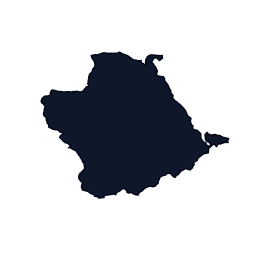 outline of Cosbuc, Bistrita-Nasaud, Romania, rotated 43°
{"feature_id": "2599482B13321846656416", "entity_name": "Cosbuc", "entity_type": "district", "adm_level": 2, "iso_a3": "ROU", "parent_name": "Romania", "parent_adm1": "Bistrita-Nasaud", "projection": "robinson", "projection_center": [24.4, 47.372], "detail": "fine", "context": "isolated", "style": "filled", "palette": "ink", "viewbox_px": 256, "rotation_deg": 43, "n_neighbors": 0, "source": "geoboundaries", "source_scale": "gbopen_adm2", "svg_char_len": 5744}
<svg xmlns="http://www.w3.org/2000/svg" viewBox="0 0 256 256"><g transform="rotate(43 128 128)"><path d="M181.1,170.0L180.4,169.8L180.1,169.5L180.1,169.1L180.5,168.2L180.4,167.1L180.5,166.2L181.1,164.9L181.3,161.0L181.4,160.4L181.8,159.1L183.2,156.2L183.6,155.6L184.6,154.9L185.9,154.2L186.8,153.1L187.5,152.1L187.4,150.8L187.2,150.0L187.5,149.2L187.7,148.1L187.5,147.6L186.5,146.6L186.2,146.0L186.0,144.6L185.0,142.1L185.0,141.7L185.2,141.0L185.5,140.5L185.8,139.1L187.3,137.4L187.6,134.8L188.5,133.5L189.1,132.9L190.8,132.3L194.1,132.6L194.9,132.5L195.2,132.2L196.1,131.8L196.0,131.3L195.7,129.7L195.8,129.1L196.5,127.8L196.1,124.8L196.1,123.9L196.4,122.1L197.1,120.9L197.4,119.0L198.4,117.9L199.0,117.6L200.0,117.5L201.1,116.6L202.2,116.0L202.0,115.6L201.9,115.3L202.1,114.1L202.1,113.7L202.3,113.2L201.4,113.0L201.7,112.1L201.6,111.2L201.1,109.3L200.6,109.4L199.1,108.7L199.8,107.6L200.7,104.6L199.7,102.5L200.8,95.5L201.5,94.4L201.5,94.1L203.6,91.5L201.0,87.9L200.8,86.6L201.2,85.6L201.2,84.8L201.3,84.1L201.2,82.4L201.6,81.7L202.0,81.5L202.1,80.9L203.3,80.8L204.7,81.3L205.4,81.1L205.2,80.4L205.0,78.6L205.1,77.8L205.5,77.0L206.5,76.7L206.7,76.0L207.2,75.2L208.1,73.3L208.8,72.3L210.9,70.4L209.9,69.8L208.7,67.2L203.9,70.0L203.2,70.3L202.8,70.3L202.1,70.7L201.2,70.6L200.1,71.0L198.6,72.5L196.6,73.0L196.4,73.5L195.3,74.2L194.3,75.6L194.2,76.2L193.6,76.6L192.5,77.0L192.1,76.9L190.5,77.8L190.1,77.8L189.4,77.4L188.9,77.4L188.8,78.1L188.8,78.4L188.9,78.8L189.4,79.5L188.8,79.8L189.6,81.1L189.9,81.2L191.6,82.6L192.0,82.8L192.1,83.1L192.7,83.7L194.0,83.7L195.0,84.0L195.3,83.9L195.6,83.6L196.7,83.2L199.8,83.3L199.9,84.8L200.5,86.6L198.6,86.5L197.7,87.0L194.4,85.8L193.4,86.7L191.7,86.7L190.6,86.5L189.7,86.1L188.9,86.1L187.0,84.6L185.6,83.0L184.5,82.5L181.6,82.6L180.7,82.4L179.5,83.0L178.0,84.0L175.9,84.5L175.3,84.2L174.2,82.2L172.3,82.4L169.1,80.8L167.4,78.0L163.8,78.4L163.3,78.3L162.3,78.0L160.5,77.2L159.4,76.9L158.9,76.3L155.2,75.7L150.2,75.4L147.0,75.8L146.0,75.5L144.5,76.1L140.3,75.7L139.4,74.9L139.1,73.8L138.1,73.4L135.5,73.2L133.7,71.5L131.1,70.8L128.8,69.8L127.6,69.2L123.9,68.7L122.1,68.2L120.8,66.8L119.3,66.5L118.4,66.7L116.5,68.3L114.8,69.3L112.4,69.8L111.7,68.8L111.1,66.9L110.6,66.4L108.5,65.4L107.1,64.9L105.3,64.5L103.5,64.4L103.3,63.9L101.6,63.8L100.3,64.3L100.1,62.4L99.9,61.8L99.6,60.2L99.5,58.4L101.1,57.2L104.8,57.2L105.1,56.6L105.5,53.2L103.8,52.1L103.6,51.7L102.3,53.2L95.6,58.3L94.6,59.4L93.9,61.0L93.7,62.3L93.7,62.9L94.0,64.3L94.4,65.6L95.3,67.0L98.0,70.1L96.0,70.8L95.5,70.4L94.5,71.0L94.0,71.5L92.1,70.3L91.6,69.8L91.4,70.0L89.0,72.5L87.7,72.8L86.2,74.1L85.3,74.6L82.5,74.9L81.3,75.1L80.1,75.1L78.3,75.5L76.4,76.2L73.6,77.5L70.6,78.2L70.1,78.4L69.1,80.8L68.3,81.6L67.2,82.4L66.2,83.7L63.7,85.8L62.4,87.3L60.4,88.4L59.6,89.3L59.0,89.6L57.3,92.5L56.5,94.3L55.9,95.3L54.1,96.8L52.7,98.5L52.4,99.2L51.8,100.0L52.2,100.4L52.7,100.5L53.3,100.9L55.0,101.7L57.8,102.1L58.3,102.6L60.0,103.5L61.7,105.3L62.1,106.0L61.9,107.1L62.2,107.6L62.1,109.0L62.4,109.4L62.4,109.8L63.5,110.8L63.3,112.3L63.6,113.7L63.5,114.2L63.2,114.5L64.5,117.4L65.7,118.8L66.4,120.2L67.2,121.1L68.5,122.9L68.5,123.0L68.9,122.7L70.5,124.0L70.7,125.3L69.6,125.8L69.7,127.2L69.8,130.4L69.9,131.0L70.3,131.5L69.7,132.3L69.8,132.4L69.5,132.8L69.3,133.7L68.8,133.8L68.4,134.3L67.6,135.0L65.6,136.0L64.4,137.6L63.7,138.2L62.9,139.0L62.0,140.4L59.7,142.1L58.5,143.2L58.1,143.6L57.6,144.5L56.5,145.6L56.0,146.0L54.5,146.7L53.2,147.9L52.4,149.2L52.0,148.9L51.2,149.3L50.6,149.7L48.5,150.7L46.6,152.0L46.5,153.2L47.0,154.5L47.2,155.2L48.5,156.5L48.6,157.1L47.5,159.5L46.6,160.2L45.4,161.6L45.3,162.9L45.1,163.4L45.1,164.6L45.2,165.3L45.6,166.4L46.3,167.7L46.7,167.6L46.9,167.7L48.0,168.3L48.5,168.4L49.3,168.2L49.9,167.8L50.4,168.3L50.9,168.3L52.4,168.7L53.5,169.2L53.4,170.0L53.8,171.0L54.2,171.5L54.8,172.4L55.5,173.1L56.3,175.0L58.1,176.3L60.7,176.1L61.9,176.8L62.8,177.9L64.3,178.4L65.9,179.7L67.3,179.4L68.2,180.1L69.1,180.8L69.4,181.3L73.8,180.1L76.2,178.7L76.9,178.0L78.7,177.0L79.3,177.2L81.2,177.3L82.9,176.3L84.6,176.3L84.9,177.3L84.8,177.5L84.3,178.0L84.1,178.3L83.9,179.7L84.2,180.8L84.7,181.6L85.3,181.4L87.0,181.4L89.2,181.8L90.6,181.5L91.8,181.6L92.1,181.5L94.4,180.3L96.9,180.0L97.5,180.2L97.4,180.3L97.6,180.3L98.4,180.7L98.2,182.6L99.7,181.4L100.1,181.6L101.6,181.3L103.2,180.9L103.9,180.4L105.5,180.3L106.3,180.1L107.0,180.5L107.5,180.2L107.8,180.3L108.1,180.8L108.5,180.9L109.1,180.9L109.6,181.0L110.3,180.7L110.4,181.2L110.8,181.5L111.7,181.0L113.4,182.2L115.5,182.3L115.7,182.6L115.8,182.8L116.6,182.8L117.4,183.2L117.5,183.5L119.4,183.9L120.0,183.9L121.0,184.6L121.6,185.4L122.0,185.6L122.8,185.6L123.0,185.9L122.9,186.2L123.1,186.4L124.0,186.6L124.4,186.9L124.1,187.4L124.0,187.8L124.4,188.2L124.5,188.7L124.1,189.1L124.1,189.3L124.4,189.6L124.3,189.8L124.1,190.0L124.3,190.5L124.5,190.7L124.8,191.2L124.6,191.6L124.0,191.8L124.4,192.8L124.1,193.1L123.8,193.6L124.0,194.5L124.3,194.7L124.3,195.4L124.6,195.5L124.8,195.9L124.6,196.3L125.4,196.9L125.3,197.2L125.3,197.3L125.7,197.7L125.9,198.0L126.4,197.7L126.6,197.8L126.5,198.1L126.7,198.3L127.4,198.3L127.7,198.9L129.0,198.8L129.7,199.1L131.3,198.9L132.4,199.2L132.6,199.3L132.7,200.2L133.0,201.0L133.3,201.3L133.6,202.1L134.0,202.6L135.4,203.6L135.6,203.6L135.9,203.4L136.0,203.7L136.9,204.3L138.4,203.6L140.3,202.5L141.9,201.7L145.0,201.4L146.5,200.8L149.1,199.9L150.0,200.7L153.4,198.6L154.4,199.1L157.8,195.1L156.5,193.7L162.9,185.6L164.4,185.2L164.0,184.0L163.8,182.9L164.0,181.8L165.0,179.3L164.9,178.5L165.1,178.0L165.2,176.6L165.7,175.2L167.7,174.7L169.1,174.6L169.9,174.8L171.3,175.7L172.4,175.2L173.1,174.7L173.5,174.4L173.8,173.2L174.2,173.0L175.8,172.6L176.1,172.4L177.9,172.2L180.2,170.8L181.1,170.0Z" fill="#0f172a" stroke="#020617" stroke-width="1.5"/></g></svg>